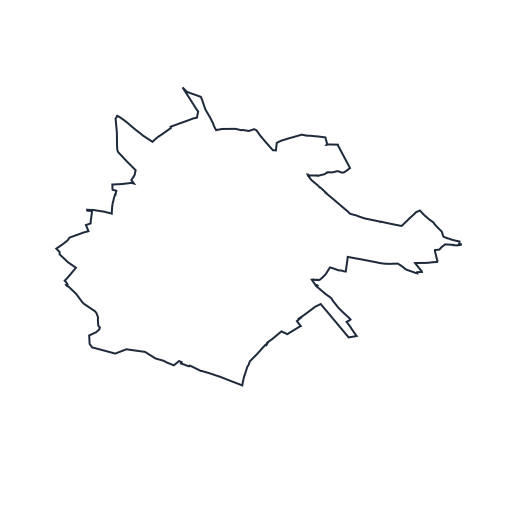 Jēkabpils, Jekabpils, Latvia, rotated 18°
{"feature_id": "27541924B6022937125095", "entity_name": "Jēkabpils", "entity_type": "district", "adm_level": 2, "iso_a3": "LVA", "parent_name": "Latvia", "parent_adm1": "Jekabpils", "projection": "robinson", "projection_center": [25.88, 56.501], "detail": "fine", "context": "isolated", "style": "outline", "palette": "slate", "viewbox_px": 512, "rotation_deg": 18, "n_neighbors": 0, "source": "geoboundaries", "source_scale": "gbopen_adm2", "svg_char_len": 5991}
<svg xmlns="http://www.w3.org/2000/svg" viewBox="0 0 512 512"><g transform="rotate(18 256 256)"><path d="M80.4,167.3L80.0,168.7L85.5,181.5L89.9,194.5L91.5,198.3L92.8,199.8L104.6,206.3L115.0,211.6L115.5,216.8L114.0,222.3L117.5,224.8L114.9,225.0L106.0,229.1L97.3,232.4L97.4,232.6L98.7,236.4L99.2,237.3L103.0,237.1L103.4,241.3L102.9,241.3L103.0,242.3L103.0,243.8L103.0,244.7L103.2,246.9L103.3,247.8L103.3,249.1L103.4,250.0L103.6,251.5L103.7,252.2L104.0,253.3L104.2,254.4L104.5,255.6L104.7,256.5L105.7,260.3L104.5,260.3L101.0,260.6L99.3,260.7L98.3,260.7L86.0,262.7L85.4,263.1L84.5,263.3L83.8,263.5L81.1,264.2L81.5,265.0L83.0,264.7L84.4,264.3L86.1,263.9L86.8,267.0L87.5,270.8L88.0,273.9L88.7,276.1L84.7,279.1L89.0,284.2L87.7,285.0L84.4,287.2L81.4,289.6L77.9,292.3L73.0,296.1L71.9,299.6L68.2,305.0L63.8,310.7L68.0,312.9L68.7,315.1L79.5,320.2L88.4,322.8L88.1,323.6L87.4,325.3L86.6,327.2L85.7,329.5L85.3,330.6L84.6,332.1L83.5,334.8L83.4,335.1L81.7,338.6L82.9,339.2L85.4,341.2L84.3,342.2L85.8,343.0L86.1,342.7L87.7,343.3L96.5,347.5L105.1,353.6L106.7,354.5L119.5,358.2L120.3,358.5L122.0,359.7L124.6,363.0L125.3,365.3L125.7,366.5L126.2,367.8L127.4,370.7L128.1,371.4L129.6,372.2L129.7,374.1L127.6,377.8L125.8,379.5L121.9,383.1L124.9,391.0L128.4,393.6L128.9,393.5L152.3,392.3L161.5,384.8L180.1,381.5L192.0,384.5L200.4,384.2L201.7,384.4L202.7,384.6L204.2,384.9L208.0,385.1L211.6,385.4L215.3,379.7L218.1,379.9L217.8,381.4L222.2,381.5L223.5,381.6L224.5,381.6L226.0,381.6L226.6,381.5L226.7,380.8L228.4,380.8L237.9,382.2L238.8,382.3L239.1,382.4L240.0,382.1L247.6,381.9L248.3,381.9L260.6,382.0L261.2,382.1L261.4,382.1L272.8,382.8L273.7,382.8L282.9,383.3L282.6,380.8L282.0,375.3L282.0,366.7L282.0,363.9L282.6,361.9L282.7,358.1L287.4,348.7L291.0,340.6L292.4,337.6L292.5,337.5L293.4,337.7L293.5,337.4L293.1,337.3L293.6,336.2L293.4,336.1L293.9,335.0L293.6,334.9L293.8,334.4L297.1,330.0L299.7,325.8L300.0,325.4L303.5,319.8L305.0,320.1L306.4,320.3L306.6,320.1L309.9,320.7L310.5,320.0L312.0,318.2L312.8,317.3L319.7,309.2L319.8,309.2L320.2,309.0L320.3,308.9L315.0,305.3L317.3,301.6L316.6,301.7L318.1,299.7L318.9,298.7L321.7,294.9L328.0,285.9L332.4,281.7L369.0,304.6L369.3,304.8L374.2,302.2L376.4,301.0L370.5,296.6L369.6,295.9L367.7,294.3L362.5,290.6L365.0,288.1L365.5,287.2L363.9,286.2L355.1,282.2L350.6,279.9L347.6,277.9L343.7,275.4L341.0,273.2L340.5,272.8L333.8,270.6L322.5,266.0L323.5,265.1L322.8,264.9L322.4,265.3L320.8,264.7L316.4,261.3L317.5,260.8L317.9,260.5L318.4,260.6L319.7,260.6L320.2,260.1L320.5,260.2L320.7,259.9L321.4,259.8L321.7,259.9L321.8,259.9L321.9,259.6L322.2,259.5L323.3,259.5L324.1,258.7L325.1,257.2L325.6,256.3L326.1,255.7L326.5,254.4L327.4,252.9L327.5,252.8L328.1,251.1L328.9,247.9L329.1,246.9L329.9,244.0L333.3,243.9L335.3,244.0L339.4,244.1L341.0,243.5L345.1,243.3L346.2,243.0L345.3,238.2L344.0,230.9L343.5,228.5L348.0,227.9L352.2,227.4L353.3,227.2L357.0,226.7L372.2,224.8L373.4,224.7L376.2,224.4L377.4,224.2L380.1,223.7L382.7,223.0L383.8,222.7L384.9,222.4L385.8,222.1L387.1,221.6L393.2,219.4L397.4,220.5L399.8,221.3L401.8,222.2L403.0,222.4L403.4,222.5L403.9,222.5L404.7,222.6L406.0,222.6L407.5,222.6L408.8,222.6L410.5,222.7L411.1,222.7L412.6,222.8L414.5,222.6L414.2,222.3L414.1,221.8L415.8,221.0L418.4,220.0L418.7,219.9L418.2,219.2L409.5,213.6L410.9,213.0L412.8,212.4L415.1,211.6L419.1,210.3L423.1,208.7L424.1,208.2L425.8,207.4L430.1,205.7L430.1,204.5L429.6,204.0L427.7,201.0L427.3,200.2L426.2,198.6L424.4,195.5L424.3,195.1L428.1,193.4L428.3,193.3L428.8,192.4L429.7,190.3L432.3,186.5L434.6,185.9L440.4,184.4L440.6,184.7L444.6,183.6L448.2,181.5L445.5,181.7L445.7,181.3L445.0,179.3L442.6,179.6L439.0,179.9L437.3,180.0L435.2,179.9L431.9,179.9L431.9,180.0L428.4,179.7L427.5,178.6L425.7,176.2L425.0,175.3L421.2,173.4L417.2,171.3L415.3,170.1L414.7,169.4L409.2,167.6L403.5,165.2L398.4,162.4L397.9,162.1L397.6,162.4L396.6,163.2L395.3,164.3L394.5,165.1L394.4,165.6L392.1,169.7L390.5,172.5L389.2,175.0L385.3,182.3L383.6,182.7L381.2,182.9L379.3,183.2L375.3,183.6L372.1,184.0L367.7,184.4L364.8,184.7L364.1,184.7L363.9,185.2L362.2,185.1L347.5,186.7L340.8,186.6L339.1,186.4L332.6,186.8L331.7,186.3L331.1,186.2L329.8,185.4L325.1,183.5L312.3,178.2L303.0,174.5L303.2,174.3L296.2,171.0L295.5,171.2L294.6,170.6L293.2,169.8L285.3,166.7L283.9,165.8L281.0,163.8L279.9,162.6L280.5,162.5L281.1,162.7L281.5,162.9L281.8,163.0L282.2,162.9L282.9,162.8L283.1,162.5L286.0,161.6L287.1,161.3L287.6,161.0L288.2,161.0L288.9,160.7L289.1,160.5L289.3,160.4L289.9,160.7L290.3,160.5L290.6,160.4L291.4,159.8L292.8,158.9L294.5,157.9L295.5,157.3L295.9,157.1L296.3,156.6L296.6,156.0L297.2,155.4L297.7,154.8L298.0,154.3L298.6,154.4L298.8,154.2L299.0,154.0L299.6,153.7L300.1,153.6L301.3,153.5L302.3,153.0L303.6,152.4L304.4,152.0L305.0,151.5L306.0,150.9L306.9,150.3L307.7,150.1L309.4,150.0L311.4,150.2L312.7,149.9L313.6,149.4L314.4,148.7L315.2,147.5L316.3,146.1L317.4,144.5L318.2,143.3L299.9,125.6L299.5,124.8L295.2,126.1L292.8,126.8L291.2,127.3L290.3,127.6L289.6,127.9L289.1,128.3L288.8,128.4L288.9,128.2L288.9,127.7L288.8,127.3L288.6,126.8L288.1,126.0L287.3,124.8L286.3,123.3L285.4,121.8L284.8,121.9L278.7,123.0L274.1,124.1L270.7,124.8L266.9,125.9L263.4,126.3L261.7,126.6L259.5,128.2L256.3,130.3L255.2,131.1L250.5,134.2L244.0,138.8L240.8,142.0L242.3,149.4L239.4,150.2L228.7,143.9L222.8,140.2L217.6,136.3L215.0,136.0L210.4,139.4L207.1,139.8L206.8,139.9L204.7,140.2L204.0,140.3L203.3,140.9L197.2,141.4L184.4,145.7L179.2,148.6L176.7,146.3L175.1,144.5L174.0,142.8L173.6,142.5L173.3,142.3L172.0,141.0L170.7,139.6L170.1,139.0L162.6,132.3L161.1,130.3L156.9,124.7L154.4,121.7L144.3,121.4L142.6,121.4L139.4,121.2L134.1,118.4L147.0,129.0L155.0,135.6L156.3,136.4L157.1,142.7L154.6,144.0L153.3,145.0L148.0,149.2L143.2,152.9L134.8,159.5L135.5,160.6L129.9,168.1L129.8,168.3L129.2,169.0L127.5,171.2L126.1,172.9L124.1,176.0L122.3,179.4L111.6,176.5L107.4,174.9L103.2,173.4L98.1,171.4L92.2,168.9L88.5,167.6L83.0,165.9L82.2,165.9L81.7,165.7L80.8,165.5L80.7,165.5L80.5,165.8L80.6,166.0L80.4,167.3Z" fill="none" stroke="#1e293b" stroke-width="2"/></g></svg>